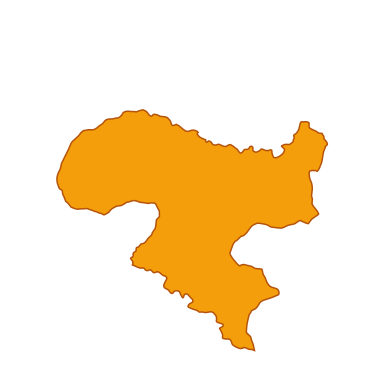 Dorona, Daga, Bhutan, rotated 298°
{"feature_id": "84629894B2198234836682", "entity_name": "Dorona", "entity_type": "district", "adm_level": 2, "iso_a3": "BTN", "parent_name": "Bhutan", "parent_adm1": "Daga", "projection": "robinson", "projection_center": [89.836, 26.874], "detail": "fine", "context": "isolated", "style": "filled", "palette": "amber", "viewbox_px": 384, "rotation_deg": 298, "n_neighbors": 0, "source": "geoboundaries", "source_scale": "gbopen_adm2", "svg_char_len": 6027}
<svg xmlns="http://www.w3.org/2000/svg" viewBox="0 0 384 384"><g transform="rotate(298 192 192)"><path d="M304.8,279.5L303.5,276.2L303.9,273.4L303.6,267.7L303.7,266.2L303.9,265.6L304.8,264.5L307.9,263.0L308.2,261.6L307.4,259.3L306.2,257.5L305.5,255.9L304.9,255.3L303.7,255.3L297.8,256.8L296.1,256.9L293.1,256.7L290.8,255.5L289.9,255.2L289.2,255.5L288.5,256.3L287.6,256.9L286.0,257.0L283.9,257.6L281.8,256.9L280.5,256.2L279.5,255.4L278.3,252.8L277.5,251.6L276.4,250.6L274.9,249.6L274.3,249.8L273.6,252.7L273.0,253.7L272.1,254.1L271.1,254.3L269.1,254.3L267.3,253.7L265.2,252.8L263.2,251.5L262.1,250.5L261.3,249.5L261.0,248.4L261.0,247.7L262.0,246.3L264.1,244.2L266.2,242.9L266.3,241.9L266.0,241.4L265.4,241.0L263.9,239.2L263.4,237.9L263.1,236.7L262.8,233.5L262.3,232.9L260.2,232.3L258.9,231.3L257.6,230.4L257.0,229.2L256.9,227.6L257.1,226.6L257.6,226.0L259.4,225.2L260.1,224.5L260.3,223.8L260.3,223.0L259.9,222.4L259.2,221.9L256.9,221.7L256.3,221.5L255.5,220.7L254.4,218.6L253.3,218.1L251.5,217.9L250.0,217.5L249.3,216.9L249.1,216.1L249.5,214.7L251.0,211.7L251.1,210.2L251.8,206.6L251.9,204.3L251.8,203.6L251.3,202.7L248.1,200.5L247.7,199.9L247.1,198.0L246.9,194.1L246.6,193.0L244.7,191.0L244.0,189.8L243.7,188.2L245.1,185.2L245.1,184.4L245.1,183.4L244.9,182.7L243.1,181.9L242.7,180.9L243.1,180.3L244.5,179.6L244.1,175.9L244.1,173.0L244.7,171.1L245.5,169.6L246.4,169.1L247.5,169.4L248.0,168.2L247.8,166.0L247.5,164.6L246.7,163.2L245.5,161.8L244.1,160.6L243.2,159.1L242.9,157.8L242.9,157.0L243.3,154.3L244.4,149.2L244.3,146.4L242.0,144.4L241.6,143.6L241.6,143.0L242.3,141.9L243.9,140.3L244.9,138.8L246.0,135.7L246.0,134.7L245.9,133.6L243.9,128.2L243.8,125.1L242.8,121.9L241.5,121.2L240.4,121.1L239.8,120.3L239.7,118.4L241.6,114.2L241.7,112.5L241.6,110.3L240.9,109.3L240.1,108.6L239.5,107.8L236.6,105.2L235.8,103.0L234.6,100.7L233.3,97.6L231.9,95.5L229.9,94.0L226.7,93.8L224.3,93.0L222.7,92.0L221.4,89.9L219.5,87.9L217.1,83.9L215.3,82.2L213.7,81.6L210.8,81.1L209.3,80.5L207.2,79.2L204.1,78.0L201.8,76.7L200.5,75.5L198.5,71.6L195.2,67.3L192.0,66.0L188.7,65.6L180.2,62.6L177.9,62.4L172.2,62.9L155.5,63.4L153.6,64.1L150.7,64.8L149.6,64.9L145.7,65.0L142.6,65.6L140.2,66.5L137.7,68.1L136.7,68.9L133.3,72.5L132.5,74.3L132.6,76.2L132.0,77.0L129.6,78.7L126.7,82.4L124.5,84.8L124.0,87.5L121.9,92.3L122.2,95.7L123.0,98.9L124.9,101.7L126.4,104.4L127.6,106.0L128.1,107.3L128.5,109.5L128.6,110.9L129.0,112.6L129.2,115.3L129.7,116.9L129.9,120.2L130.5,122.1L130.4,123.4L130.5,125.0L132.2,126.4L134.3,127.6L135.9,128.3L137.1,128.3L140.1,129.4L143.4,131.6L144.5,132.5L145.0,133.4L146.9,135.9L149.5,137.7L152.5,139.3L153.2,140.5L155.9,143.1L156.8,144.1L157.5,145.5L158.3,148.6L158.4,150.7L160.0,154.6L161.4,158.9L162.4,159.9L163.4,161.4L164.3,163.5L164.7,165.0L159.7,172.2L155.0,174.8L153.0,174.3L150.9,173.6L144.7,176.1L142.2,176.6L137.5,176.1L135.2,176.5L130.5,175.0L125.9,174.4L124.0,173.4L122.0,171.3L118.7,170.7L116.8,169.1L115.7,169.3L114.6,169.9L113.5,170.2L111.2,169.0L109.5,169.0L108.3,170.0L106.6,170.1L105.9,169.3L104.9,168.9L104.3,169.2L103.4,171.3L102.6,172.4L101.6,173.2L99.6,173.6L99.6,174.6L99.9,175.4L99.9,177.5L100.3,180.9L100.5,181.9L101.9,184.5L102.1,185.1L102.1,185.7L101.4,187.1L101.3,188.0L101.4,189.1L101.8,189.8L103.2,191.1L103.6,191.6L103.7,192.2L103.7,192.9L102.8,195.5L102.8,196.3L104.5,198.1L105.3,198.7L105.5,199.3L105.6,201.6L105.0,203.9L104.8,206.3L105.1,207.6L105.2,208.5L104.4,209.9L103.6,210.5L99.4,210.5L97.2,210.7L96.1,211.0L95.2,211.6L94.4,213.2L94.5,215.8L94.3,217.5L93.2,219.6L92.9,220.9L92.9,221.6L93.2,222.2L94.1,222.7L95.8,222.9L97.0,223.8L97.8,225.3L98.1,226.6L98.1,227.4L97.9,228.1L96.2,230.0L94.5,232.7L94.3,233.6L95.0,233.9L97.7,233.4L98.3,233.6L98.8,234.0L99.6,235.8L99.3,237.4L98.1,240.2L97.5,242.5L96.9,243.5L95.9,244.1L94.9,244.1L92.2,242.4L91.0,242.0L89.9,242.0L89.0,242.2L88.6,243.3L88.8,246.2L89.8,252.2L89.4,254.3L89.5,254.9L91.1,258.0L91.9,260.6L94.4,263.9L95.3,265.2L95.5,267.3L94.7,269.8L93.8,271.5L92.7,272.5L91.3,273.4L90.0,273.8L89.5,274.1L89.1,274.6L88.9,275.4L89.0,276.8L89.5,278.9L89.6,280.7L89.6,281.4L89.2,282.0L88.0,282.3L87.2,282.0L85.1,280.5L84.5,280.4L82.5,283.4L80.7,285.7L80.0,286.3L77.9,287.2L77.4,287.7L77.3,288.4L77.7,289.7L78.0,290.8L79.3,292.9L79.5,294.7L79.3,295.6L78.9,296.4L76.6,298.8L76.2,299.7L76.0,300.6L75.8,303.1L76.1,306.7L76.5,308.3L78.1,310.3L78.8,310.6L79.3,311.1L79.6,312.7L79.8,316.1L81.0,318.6L81.4,321.6L86.1,317.6L89.1,314.1L91.4,312.1L92.1,310.7L93.1,306.9L93.4,306.2L94.0,305.7L96.7,304.4L100.9,302.7L104.5,301.6L110.3,300.1L113.3,300.4L114.8,300.3L115.6,300.5L118.0,302.4L119.3,303.0L121.5,303.6L126.0,303.9L127.5,304.3L129.4,305.5L131.1,307.0L136.6,312.3L141.4,316.2L142.0,316.6L143.5,316.4L145.0,315.3L145.9,314.1L146.3,312.6L146.2,311.2L145.4,307.4L145.3,306.4L145.5,304.8L145.9,303.3L147.4,300.6L150.9,296.5L152.5,293.8L153.5,292.7L156.0,290.7L156.5,290.2L156.6,289.5L154.1,283.6L154.3,279.7L152.4,272.1L152.1,271.4L151.1,270.2L150.5,269.6L149.5,269.2L149.2,268.6L149.3,267.1L150.0,264.8L152.4,259.0L154.4,255.6L155.4,254.4L156.0,254.1L164.2,252.9L165.7,252.8L168.0,253.1L168.7,253.3L170.0,254.1L171.4,254.7L175.7,256.0L177.3,257.7L177.9,258.1L180.0,258.9L182.2,259.5L187.4,260.2L190.4,260.9L191.7,261.6L194.2,263.5L195.3,264.6L196.2,266.7L197.7,271.2L198.2,273.5L198.3,275.0L198.1,277.4L198.4,278.9L200.7,284.8L201.6,286.9L202.4,288.3L204.1,289.8L207.8,292.5L211.3,296.7L212.4,297.7L216.5,299.9L217.6,300.9L218.0,306.5L218.2,308.1L218.6,309.4L219.3,309.7L222.6,310.1L224.8,310.7L231.6,314.2L232.2,314.0L233.9,311.6L236.4,305.9L237.6,303.9L238.1,303.4L242.3,301.6L244.6,299.4L250.9,296.9L253.5,295.4L255.9,293.5L259.4,289.4L261.9,287.6L263.2,286.8L264.6,286.2L265.3,286.1L266.0,286.4L266.6,286.9L267.5,288.2L268.6,290.3L268.9,291.0L269.0,292.3L269.2,292.9L270.5,293.2L272.7,293.3L278.2,292.7L281.1,292.0L286.8,290.0L289.7,289.2L293.5,288.8L294.8,288.4L296.6,289.1L297.7,289.1L299.0,288.0L299.6,286.7L300.1,286.0L300.5,284.8L300.6,283.9L302.6,282.6L303.3,281.8L304.1,280.0L304.8,279.5Z" fill="#f59e0b" stroke="#b45309" stroke-width="1.5"/></g></svg>